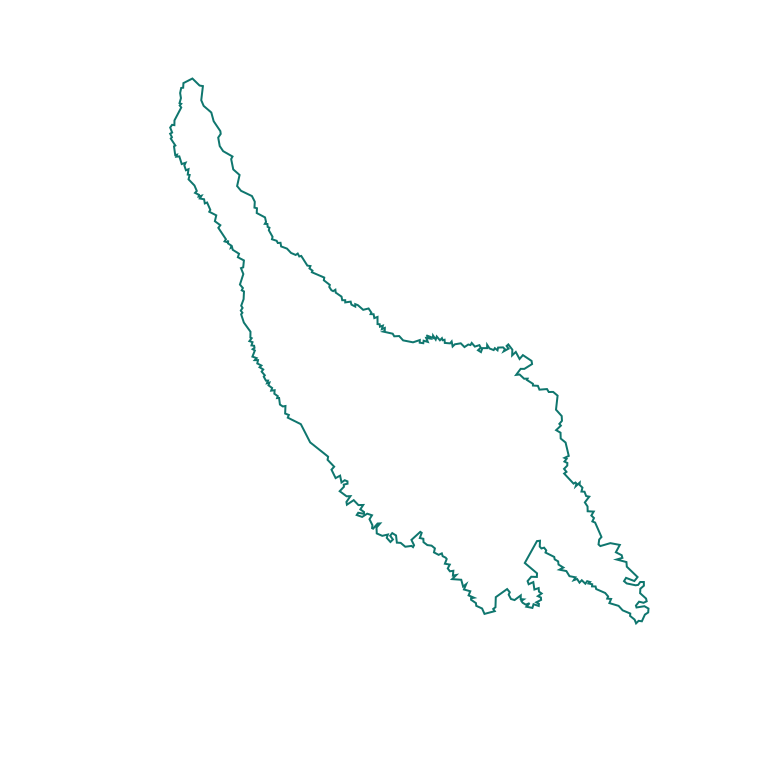 the district of Comapa, Veracruz, Mexico, rotated 42°
{"feature_id": "50627088B99460777873405", "entity_name": "Comapa", "entity_type": "district", "adm_level": 2, "iso_a3": "MEX", "parent_name": "Mexico", "parent_adm1": "Veracruz", "projection": "mercator", "projection_center": [-96.723, 19.142], "detail": "fine", "context": "isolated", "style": "outline", "palette": "teal", "viewbox_px": 768, "rotation_deg": 42, "n_neighbors": 0, "source": "geoboundaries", "source_scale": "gbopen_adm2", "svg_char_len": 6125}
<svg xmlns="http://www.w3.org/2000/svg" viewBox="0 0 768 768"><g transform="rotate(42 384 384)"><path d="M520.8,276.5L515.0,276.7L511.8,279.7L508.5,278.7L503.3,284.2L499.6,282.4L495.7,285.5L494.5,284.2L487.5,285.4L487.1,284.0L484.6,286.3L478.4,286.2L476.1,288.8L475.4,281.3L478.2,278.8L480.7,270.1L478.2,268.1L467.9,269.6L468.0,274.7L460.5,272.0L460.1,277.0L456.4,272.6L449.9,271.4L449.7,273.7L452.9,274.4L451.1,279.6L450.5,277.2L448.0,277.1L444.4,280.6L445.8,283.0L442.4,283.2L442.8,285.4L438.6,287.0L434.5,285.9L436.6,288.4L433.1,291.5L434.7,295.4L431.3,296.0L431.6,292.3L428.9,291.3L426.5,295.4L421.7,294.8L422.2,297.2L420.2,298.3L419.1,302.7L413.8,302.4L410.1,307.1L409.9,310.2L405.8,307.1L405.9,309.6L401.7,312.8L399.4,310.6L398.3,312.2L396.4,311.2L396.3,314.1L391.4,313.4L392.7,316.4L388.1,315.2L389.5,317.0L382.9,319.5L387.8,319.4L384.6,321.6L388.4,323.4L384.5,325.3L385.9,327.4L382.9,329.4L381.2,327.4L377.7,333.6L369.0,338.8L363.2,338.2L359.7,341.7L356.8,340.8L348.3,345.6L349.0,344.0L347.1,341.8L345.7,344.6L344.1,341.4L342.6,344.1L340.8,342.5L339.1,343.8L334.3,338.5L332.7,341.5L329.6,339.1L327.3,341.0L326.8,339.4L322.0,338.2L318.9,342.8L311.8,342.9L309.2,343.9L310.8,345.7L306.7,346.8L304.1,345.1L300.6,349.3L299.1,347.7L296.9,349.7L294.0,347.5L287.0,348.4L284.8,346.5L284.1,349.0L282.2,349.5L278.4,348.5L277.4,346.6L269.9,347.2L268.4,344.9L255.6,349.2L255.0,347.6L251.3,348.0L250.4,345.6L247.8,347.3L236.8,344.2L235.7,345.9L232.6,344.8L232.0,347.2L227.2,348.8L221.3,348.3L215.5,350.6L212.6,348.3L210.7,350.3L208.4,349.4L203.9,351.4L202.7,349.2L195.5,346.8L194.3,344.5L192.4,345.1L190.3,343.1L188.3,344.7L187.9,342.5L184.1,339.8L175.0,342.1L172.0,338.4L169.7,339.6L166.0,335.0L160.1,332.7L148.5,336.1L142.4,335.2L136.8,325.3L128.4,325.4L119.9,319.1L119.2,316.3L108.7,318.6L102.7,317.1L95.9,311.8L95.3,307.4L93.2,305.6L81.6,302.7L74.0,297.8L63.9,298.0L58.3,295.4L50.1,283.8L47.2,285.6L37.2,285.2L33.6,294.6L36.5,298.2L35.2,299.7L37.8,304.2L41.8,307.4L44.1,312.1L45.8,311.5L45.8,313.7L48.3,314.2L51.9,328.3L55.0,331.9L53.1,333.2L53.5,336.5L58.3,338.9L57.6,341.1L61.3,342.5L61.3,344.3L69.4,346.4L68.9,347.9L75.7,353.6L76.7,352.1L77.5,354.1L79.6,351.8L86.5,355.9L88.5,352.4L89.4,355.2L93.8,357.7L95.0,355.2L98.0,359.7L99.7,358.7L101.8,362.7L110.3,363.3L115.7,365.8L115.7,368.4L119.9,367.2L120.8,368.8L122.4,366.2L123.0,369.4L126.7,367.1L130.0,369.7L131.1,367.5L138.4,370.8L138.9,372.9L146.5,370.9L149.4,376.2L156.1,375.5L156.4,378.8L169.7,382.2L170.1,384.7L172.7,383.5L172.2,381.6L174.0,383.9L178.1,383.3L179.0,385.2L179.4,383.9L181.8,385.5L189.1,384.2L190.6,387.6L197.2,385.9L201.3,391.5L200.2,393.6L205.9,396.4L210.4,406.5L214.9,407.1L215.6,409.6L218.0,408.9L222.9,414.9L225.5,421.4L228.0,422.1L228.5,425.3L231.1,425.8L231.2,427.8L238.7,432.1L249.8,434.5L253.6,438.9L255.0,438.5L255.3,442.2L258.3,440.9L259.7,444.0L261.9,442.5L263.6,443.8L263.1,446.0L265.6,445.5L267.9,451.7L272.0,450.0L272.0,452.7L274.4,450.6L276.1,453.5L280.5,452.3L280.3,454.8L284.5,454.0L284.8,456.7L289.6,457.3L289.7,459.0L294.0,460.5L295.5,459.1L296.5,461.7L297.9,459.6L299.0,462.3L303.5,461.8L304.6,464.4L306.9,461.8L309.0,464.6L313.2,464.1L314.0,466.0L315.4,464.6L320.4,468.9L323.8,468.4L325.5,466.3L330.3,472.1L334.0,470.7L335.0,473.4L349.1,469.5L368.2,476.8L391.1,475.4L392.8,478.1L402.3,478.8L402.3,482.8L411.0,486.3L412.7,481.5L418.3,485.6L419.2,481.8L422.0,480.8L423.6,482.5L421.4,485.7L423.0,487.2L422.8,493.3L431.3,492.5L434.1,489.8L435.0,496.8L437.2,498.5L439.2,490.6L446.0,491.1L449.5,487.8L450.3,493.0L454.8,492.5L456.0,493.9L451.0,496.9L451.4,499.6L456.7,497.4L458.3,491.6L462.9,489.6L463.7,494.2L469.9,496.7L471.6,499.1L472.7,498.8L472.6,492.0L474.4,490.2L474.5,495.7L478.6,499.9L484.3,498.0L487.6,493.3L489.0,496.5L494.5,497.1L494.7,493.6L490.1,492.6L489.9,489.3L494.3,488.5L499.7,493.3L502.7,490.9L508.7,490.7L512.8,485.9L514.7,485.8L514.2,483.7L508.7,481.5L509.9,469.6L511.6,469.4L513.7,474.5L516.8,472.7L519.2,475.1L524.0,474.7L527.5,472.3L531.8,472.1L533.8,475.7L538.9,474.4L540.3,471.2L542.8,472.7L546.0,471.8L547.7,472.1L549.5,476.8L553.7,474.2L554.8,478.4L558.3,479.1L560.5,476.4L563.4,480.3L565.5,477.6L565.2,483.4L572.4,477.8L578.3,481.6L579.0,477.8L580.9,483.2L586.8,480.3L588.3,484.5L593.9,482.6L592.1,485.0L593.1,486.1L598.9,485.3L601.0,487.1L607.1,485.2L612.5,487.6L618.3,478.7L615.7,478.1L616.2,475.3L609.7,467.6L612.7,454.0L616.8,454.6L617.6,457.1L622.2,458.8L625.6,457.2L627.1,449.6L629.5,452.4L631.9,450.6L631.2,453.3L633.4,453.8L637.0,453.1L638.8,449.5L638.9,454.2L644.1,451.1L642.5,447.6L647.5,445.4L646.2,443.7L643.3,444.3L645.2,439.3L643.5,437.7L640.3,438.7L641.3,434.2L638.1,434.6L635.5,432.2L633.3,436.1L627.5,431.3L625.5,436.0L622.6,434.4L622.4,428.7L626.7,425.1L624.4,422.3L608.4,422.8L602.8,398.4L604.8,396.1L608.5,400.6L611.0,400.9L612.5,398.5L615.9,399.1L616.8,401.2L626.2,398.6L628.2,400.1L632.1,399.3L634.5,401.4L640.1,400.4L638.6,404.6L644.7,401.0L650.4,402.7L655.7,399.5L656.3,402.8L658.0,399.7L662.2,400.8L662.3,397.5L667.2,397.7L666.9,394.6L669.6,393.3L669.5,395.4L672.7,393.5L674.0,395.2L676.7,392.9L678.9,394.4L688.2,391.3L692.7,391.9L693.5,394.1L696.6,391.8L698.1,396.0L706.8,391.9L712.8,392.5L720.6,389.8L722.1,391.7L727.9,391.4L731.5,393.2L731.7,389.6L734.4,387.8L732.2,380.8L733.2,377.0L730.8,373.9L726.2,374.9L721.2,381.1L719.5,380.1L719.2,375.1L723.3,372.9L724.6,369.7L722.3,368.1L714.3,368.1L711.5,364.6L712.1,360.0L709.6,357.3L706.9,359.7L707.3,363.2L705.7,365.2L697.8,369.8L694.3,369.9L693.6,366.1L701.9,362.9L701.6,357.8L686.7,357.3L683.3,354.1L674.4,358.7L677.5,353.7L675.2,352.2L668.9,353.9L666.9,345.8L658.7,350.8L653.2,359.7L650.8,359.7L648.0,355.6L648.0,352.2L633.6,345.7L630.8,346.7L629.7,343.1L626.1,343.0L625.2,338.5L620.5,342.3L617.2,338.8L612.5,337.6L611.9,330.4L609.2,332.0L605.1,329.9L602.7,331.8L600.8,328.2L596.8,328.1L595.4,326.3L594.9,331.7L593.7,329.2L592.2,329.1L591.5,331.2L577.8,330.0L578.4,327.2L574.6,326.6L574.8,322.0L573.1,320.0L570.0,320.9L569.8,317.4L567.6,318.1L569.4,313.8L558.1,306.0L551.8,306.3L547.8,302.1L542.8,303.1L543.3,296.6L541.0,296.3L540.9,292.3L537.5,288.9L529.0,288.0L520.8,276.5Z" fill="none" stroke="#0f766e" stroke-width="2"/></g></svg>